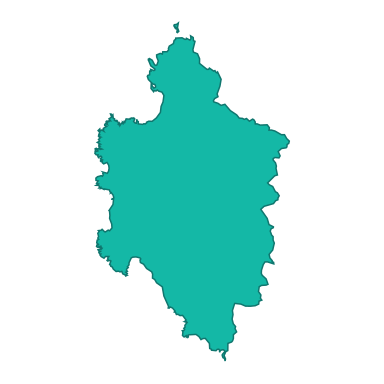 the district of Nossa Senhora Do Monte, Brava, Cabo Verde
{"feature_id": "66160863B40523802781782", "entity_name": "Nossa Senhora Do Monte", "entity_type": "district", "adm_level": 2, "iso_a3": "CPV", "parent_name": "Cabo Verde", "parent_adm1": "Brava", "projection": "mercator", "projection_center": [-24.736, 14.849], "detail": "fine", "context": "isolated", "style": "filled", "palette": "teal", "viewbox_px": 384, "rotation_deg": 0, "n_neighbors": 0, "source": "geoboundaries", "source_scale": "gbopen_adm2", "svg_char_len": 5984}
<svg xmlns="http://www.w3.org/2000/svg" viewBox="0 0 384 384"><path d="M195.0,41.3L193.5,40.7L193.2,37.5L190.6,35.9L191.0,38.7L189.9,40.1L186.4,38.3L186.1,39.3L185.0,39.4L182.1,37.8L175.7,38.1L175.6,39.3L174.1,40.5L173.4,43.6L169.3,46.1L168.4,48.4L168.6,49.9L167.1,51.7L162.7,51.8L162.4,54.0L160.2,53.4L156.6,54.9L156.7,57.0L158.3,61.0L156.9,64.9L156.0,65.4L154.6,64.8L152.2,60.2L149.4,58.5L148.3,59.2L148.4,60.1L149.2,60.1L148.7,60.7L150.8,65.9L154.9,69.0L154.9,69.9L153.9,70.6L150.7,69.4L151.0,71.1L149.7,71.1L149.6,74.8L147.8,75.4L147.3,76.4L148.4,79.6L152.9,84.1L154.8,84.4L155.6,86.1L155.5,87.2L153.8,88.1L151.2,84.4L151.0,88.5L153.6,91.7L154.1,90.6L156.0,91.0L157.3,90.0L158.8,91.2L161.9,92.1L163.9,95.5L163.0,102.0L161.1,106.4L160.4,112.4L156.4,117.9L152.2,121.3L148.7,121.2L146.6,122.2L146.6,122.9L145.2,124.0L143.9,123.7L142.7,124.4L138.3,123.9L138.3,121.6L137.3,121.1L136.8,119.3L136.3,123.2L135.2,123.1L133.6,121.5L134.8,119.0L133.8,117.9L133.1,118.5L132.0,117.9L130.1,118.5L130.0,119.2L126.1,118.9L125.4,121.0L124.2,121.3L124.8,122.6L123.9,122.9L122.6,122.0L122.9,123.7L121.5,123.1L119.9,125.6L119.5,123.4L118.8,124.7L118.2,124.4L118.6,123.2L117.0,120.5L116.3,120.4L116.2,121.2L114.4,120.3L114.6,118.9L113.2,118.1L112.9,115.1L112.3,115.9L111.6,114.2L110.5,114.0L111.6,117.1L109.0,118.8L110.5,120.8L109.0,120.7L109.0,121.4L108.1,121.4L107.8,122.0L107.4,121.1L106.5,121.1L106.0,121.9L107.3,124.4L105.6,123.6L104.7,124.4L104.7,125.4L106.6,126.4L103.3,128.4L103.6,129.5L102.9,129.8L103.7,131.1L101.7,130.0L100.2,131.0L99.8,128.9L98.1,130.6L99.7,132.2L99.0,134.3L100.4,135.0L98.8,134.7L98.5,136.2L100.7,137.1L99.5,137.5L100.0,138.2L98.5,139.4L99.6,141.1L97.3,142.4L100.3,144.1L99.0,144.4L98.8,145.3L100.1,146.2L98.9,146.8L99.6,147.9L102.0,149.1L100.3,149.4L99.0,148.5L97.0,149.0L96.4,148.3L95.2,148.7L95.3,149.8L97.7,149.5L97.4,150.6L98.5,150.8L96.7,151.4L94.7,151.0L95.3,151.5L94.9,153.4L96.2,154.8L98.1,154.9L97.7,155.9L98.5,157.6L100.5,156.1L101.4,156.4L101.8,157.3L100.4,158.7L102.3,159.8L100.6,160.3L100.5,161.1L101.0,161.5L101.5,160.6L102.1,160.8L102.4,162.8L103.7,163.9L107.0,162.4L108.7,165.3L109.1,168.3L108.5,171.3L107.3,173.3L102.9,172.1L103.6,172.8L102.8,173.4L103.2,175.0L102.4,176.3L101.2,175.7L97.5,176.7L95.9,178.1L96.0,180.4L98.2,180.9L96.6,183.3L98.4,183.9L96.2,185.3L98.7,185.4L99.6,187.1L99.1,187.8L100.7,187.4L100.3,188.6L101.8,188.3L104.1,189.5L104.3,189.0L109.4,189.9L110.0,191.9L111.0,192.4L110.7,193.0L111.3,192.7L113.0,195.0L113.8,197.5L113.6,198.7L112.2,198.6L112.0,199.2L113.3,199.1L113.5,199.7L113.0,204.5L109.0,210.6L109.5,210.9L109.9,215.5L109.6,218.4L111.7,224.0L112.0,227.9L109.6,230.8L108.2,230.1L105.4,231.9L104.5,231.7L102.1,229.3L101.1,230.3L98.5,230.6L99.2,231.3L97.8,233.3L98.6,236.6L97.8,238.1L98.7,239.4L97.2,240.1L96.7,242.9L98.5,244.4L98.1,245.0L97.0,244.9L96.5,246.4L97.4,247.2L100.9,246.1L101.2,247.2L99.7,246.7L99.0,247.4L102.1,248.2L101.5,249.1L98.0,249.6L98.7,251.0L100.5,251.3L98.9,252.6L99.9,254.1L100.8,254.1L100.1,255.1L101.2,256.6L104.0,258.2L105.5,256.5L108.8,256.5L107.7,258.2L108.2,259.3L107.0,260.3L107.6,261.0L110.0,260.5L110.9,261.0L109.6,264.6L110.6,265.1L110.8,266.3L112.3,267.0L113.3,269.1L116.1,271.5L118.5,271.2L120.0,271.9L121.8,271.4L122.7,273.8L125.2,275.0L125.7,276.0L127.1,275.3L126.0,274.9L127.3,273.5L125.7,272.2L127.4,271.3L126.5,270.3L126.7,268.9L128.2,267.6L127.4,266.8L129.0,264.9L129.0,262.8L131.2,258.0L132.6,257.2L136.0,256.9L140.0,257.9L140.8,259.0L140.0,260.0L140.4,262.5L143.6,264.2L146.6,268.5L151.7,271.8L152.6,274.1L152.5,278.1L154.7,279.5L156.6,282.8L162.3,286.8L163.9,296.0L168.5,306.3L168.2,308.0L169.2,308.1L170.2,307.0L172.5,308.0L175.0,311.0L174.3,312.0L175.5,312.3L176.4,314.5L177.9,314.3L180.0,315.6L182.6,315.4L186.0,319.9L185.4,320.6L186.1,321.3L184.7,321.7L187.0,322.5L184.9,325.3L185.0,327.3L183.8,328.3L184.6,329.4L183.8,330.5L182.3,330.7L182.9,331.8L182.5,335.5L184.1,337.0L186.2,335.7L186.4,337.0L187.0,336.4L187.8,337.5L188.4,336.8L188.1,335.2L189.0,334.8L196.0,334.4L199.0,336.6L201.0,339.6L202.8,338.6L205.3,338.4L209.4,343.4L209.7,348.5L211.4,349.3L211.5,350.2L216.0,350.7L217.2,349.4L218.8,349.2L219.5,350.0L219.6,352.3L220.5,350.3L223.1,349.7L224.6,350.6L224.7,351.6L222.3,354.5L222.2,355.5L223.0,357.7L224.4,358.4L225.1,361.0L225.5,358.9L224.1,355.5L225.8,351.7L227.8,350.6L227.9,343.4L231.6,342.0L232.6,340.8L233.4,338.5L233.4,334.7L236.6,331.9L235.0,328.5L235.6,326.6L233.3,323.8L232.1,319.1L233.0,314.6L232.4,310.6L234.5,303.9L234.8,303.4L240.9,304.1L245.5,306.1L250.5,306.2L255.2,305.7L258.7,304.1L259.0,301.2L261.8,300.1L260.4,298.2L260.9,295.0L258.5,291.6L259.2,286.7L261.5,285.4L266.1,285.1L268.0,284.3L266.1,278.9L262.2,275.3L261.3,273.4L261.5,270.1L263.3,264.5L265.0,261.9L267.5,261.9L273.8,263.9L273.6,262.3L272.1,261.6L272.2,260.6L269.9,257.9L269.1,254.4L272.7,250.0L274.3,243.1L273.1,240.1L273.1,236.6L271.7,235.2L270.2,231.1L271.2,228.7L273.3,227.7L273.4,226.8L269.0,224.6L267.2,218.4L260.8,209.3L264.1,206.3L273.5,203.6L275.6,200.7L277.9,199.8L278.0,197.9L279.2,195.8L277.4,192.8L275.4,191.7L272.7,186.5L269.3,184.8L267.6,182.9L274.7,175.8L277.4,175.0L276.0,168.2L276.4,166.1L275.5,162.9L273.1,159.9L273.2,158.6L274.9,157.5L279.0,157.9L280.1,155.9L278.2,151.5L281.5,148.5L286.1,147.8L286.9,146.9L287.1,144.4L288.7,143.5L289.3,141.1L286.7,138.6L284.5,134.7L281.4,134.7L274.9,131.0L271.6,130.1L269.0,130.1L269.4,127.7L267.2,124.8L260.2,125.1L257.2,123.9L255.3,123.9L255.1,121.7L253.8,119.7L252.6,119.1L249.4,121.2L246.5,118.5L244.2,119.4L242.6,118.4L239.2,118.1L236.7,114.9L230.3,110.6L224.9,104.3L221.0,105.4L218.0,103.3L213.8,101.9L213.4,100.8L214.6,98.6L218.0,96.7L217.1,93.9L219.9,86.2L221.1,79.3L217.6,72.0L217.0,72.8L216.2,72.5L214.9,70.6L213.7,71.1L209.4,68.1L208.6,69.3L207.0,69.4L199.5,63.4L199.6,58.8L197.5,53.8L193.4,52.1L192.9,49.7L195.0,41.3ZM177.5,27.7L178.3,23.0L176.6,24.4L174.3,24.7L173.9,25.8L175.9,27.5L174.8,27.4L175.5,28.6L177.4,29.4L176.8,32.1L177.4,32.6L178.8,31.3L177.5,27.7Z" fill="#14b8a6" stroke="#0f766e" stroke-width="1.5"/></svg>